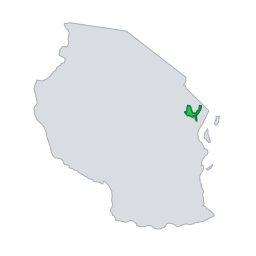 Korogwe, Tanga, United Republic of Tanzania shown in context, rotated 9°
{"feature_id": "72390352B3133588656991", "entity_name": "Korogwe", "entity_type": "district", "adm_level": 2, "iso_a3": "TZA", "parent_name": "United Republic of Tanzania", "parent_adm1": "Tanga", "projection": "albers", "projection_center": [38.446, -4.931], "detail": "fine", "context": "in_parent", "style": "filled", "palette": "green", "viewbox_px": 256, "rotation_deg": 9, "n_neighbors": 0, "source": "geoboundaries", "source_scale": "gbopen_adm2", "svg_char_len": 6734}
<svg xmlns="http://www.w3.org/2000/svg" viewBox="0 0 256 256"><g transform="rotate(9 128 128)"><path d="M93.7,182.7L90.8,181.2L88.2,180.3L86.0,179.3L85.1,178.3L83.0,177.9L81.3,177.8L79.7,176.9L76.4,176.6L76.0,176.0L75.9,174.6L75.4,174.2L74.1,173.9L72.9,173.9L72.1,174.1L71.6,174.0L70.5,173.2L69.5,172.2L69.1,170.6L67.6,169.5L65.8,168.7L61.0,168.9L60.2,168.6L59.1,167.8L57.7,166.4L56.6,164.9L55.6,162.7L54.6,159.9L48.9,148.5L48.3,146.3L47.2,143.9L45.4,141.0L43.4,138.8L40.9,136.8L37.9,134.9L36.3,133.6L33.3,128.2L32.6,125.7L32.1,123.1L32.3,122.0L34.1,118.6L34.3,117.6L34.1,116.4L33.1,113.7L31.9,110.4L29.4,104.5L29.1,103.0L29.1,101.9L30.4,95.8L30.4,94.9L36.0,95.0L40.0,92.3L43.5,88.3L44.2,86.6L45.6,84.1L47.1,82.8L47.6,81.9L48.4,79.4L50.2,77.6L52.0,76.3L51.6,75.3L51.9,75.0L52.9,74.3L54.8,73.7L55.2,72.3L55.2,70.8L54.8,70.0L54.9,69.0L54.6,68.5L53.3,68.4L51.4,67.7L49.8,67.4L48.8,66.9L48.4,66.6L48.2,65.7L49.0,63.4L48.2,62.5L50.1,58.6L50.4,58.1L51.1,58.0L52.3,57.6L53.3,57.4L54.1,57.6L54.8,57.4L55.3,57.0L55.8,55.7L56.1,53.5L55.9,51.7L55.1,50.3L54.8,48.3L55.2,45.5L54.9,43.1L53.9,41.3L53.0,40.2L51.6,39.7L49.4,36.9L48.7,35.5L48.8,34.7L49.5,34.3L50.9,34.4L52.3,34.0L53.5,33.3L54.7,33.0L55.3,33.1L111.4,32.6L177.0,68.8L177.3,69.2L177.8,72.4L177.7,73.4L176.7,75.3L176.4,76.2L176.4,76.9L176.7,77.1L177.5,77.2L178.2,77.6L178.5,78.0L179.1,79.3L179.8,80.0L204.6,97.9L205.2,98.2L204.8,99.7L203.4,103.3L203.3,104.9L202.8,106.6L202.2,107.8L200.8,113.0L199.6,114.9L198.0,119.4L197.7,122.8L198.6,125.2L198.9,127.5L200.8,129.7L202.4,130.5L203.4,131.5L205.2,133.8L206.3,136.1L209.6,137.2L210.9,139.8L210.4,141.6L208.9,143.1L207.4,145.5L206.3,148.6L206.2,153.5L207.0,152.7L208.7,153.9L209.0,157.4L207.2,161.6L206.6,163.5L206.5,165.2L207.8,170.1L209.8,172.6L209.6,173.4L209.1,174.0L212.5,178.5L212.2,182.4L213.4,185.4L214.0,188.0L214.8,190.0L215.0,191.4L213.9,192.9L216.4,193.3L217.8,194.5L218.5,195.7L220.3,195.7L221.2,196.5L222.6,197.2L225.6,199.2L226.4,200.2L226.9,201.2L218.5,207.5L215.5,209.1L213.4,209.8L211.0,210.3L208.9,211.2L206.8,212.8L204.1,213.6L200.9,213.6L197.5,214.7L192.2,218.0L189.0,216.1L186.6,215.6L183.8,215.6L182.1,215.9L181.5,216.2L180.9,217.4L180.5,219.2L178.6,220.9L175.4,222.6L172.5,223.2L169.7,222.8L167.9,222.1L166.9,221.2L165.5,220.7L163.6,220.8L161.9,221.5L160.1,222.8L157.4,223.4L153.7,223.2L151.6,222.6L151.4,221.5L149.7,220.2L146.7,218.8L144.5,218.7L143.1,220.2L141.8,221.1L140.6,221.4L139.5,221.5L138.0,221.1L133.9,221.0L129.9,221.0L129.5,219.0L128.7,217.8L128.0,217.0L126.7,216.9L126.3,216.3L125.8,215.0L125.1,214.0L124.2,213.1L123.7,212.2L123.5,211.5L123.7,210.6L124.5,208.6L124.7,207.1L124.6,205.7L124.2,204.2L123.2,202.4L123.3,201.9L123.0,200.6L123.0,199.8L123.1,198.7L122.9,197.3L122.1,194.4L122.1,193.6L121.3,192.1L118.6,188.7L118.5,188.3L114.4,184.9L112.7,184.1L112.1,184.8L111.9,185.4L112.1,186.5L112.0,187.0L111.8,187.3L110.9,187.3L110.2,187.1L108.7,186.2L107.5,186.0L104.5,186.2L103.4,186.4L102.6,186.2L101.0,184.6L99.1,184.3L97.4,184.3L94.7,182.5L93.7,182.7ZM210.0,124.7L211.4,128.5L211.2,129.2L210.2,129.6L209.7,129.7L209.1,129.0L208.7,127.8L208.0,128.1L206.7,126.5L205.5,126.5L204.4,124.6L204.8,123.0L204.6,120.3L205.9,118.9L206.7,116.6L207.5,118.2L207.7,120.7L208.9,123.6L210.0,124.7ZM216.6,102.0L216.7,102.9L216.4,103.8L216.5,106.5L216.4,108.3L215.3,110.8L214.5,111.6L213.8,111.4L213.2,111.0L212.7,110.3L213.7,105.7L213.2,102.4L215.1,102.7L216.6,102.0ZM213.8,156.8L212.8,157.1L212.4,156.9L211.8,156.1L212.9,155.5L213.9,154.2L216.2,152.4L217.2,151.0L217.1,152.4L215.8,155.5L214.6,155.7L213.8,156.8Z" fill="#d9dde1" stroke="#a8b0b8" stroke-width="1"/><path d="M183.4,96.8L183.4,97.0L183.3,97.8L183.3,98.5L183.2,98.8L183.1,99.0L183.1,99.3L183.3,99.6L183.4,100.0L183.3,100.4L183.3,100.7L183.4,101.3L183.4,101.7L183.3,102.2L183.4,102.6L183.4,103.0L183.4,103.5L183.2,103.5L182.9,103.4L182.7,103.3L182.7,103.2L182.4,103.0L182.2,103.1L181.9,103.1L181.7,103.1L181.7,103.4L181.7,103.5L181.7,103.9L181.8,104.0L182.1,104.2L182.3,104.2L182.6,104.5L182.8,104.7L182.9,104.8L183.0,104.8L183.3,104.9L183.4,105.0L183.5,105.1L183.6,105.3L183.8,105.6L184.0,105.8L184.4,106.3L184.6,106.5L185.2,106.4L185.5,106.3L186.0,106.2L186.5,106.0L186.9,106.3L187.0,106.4L187.4,106.5L187.6,106.6L188.1,106.7L188.8,106.9L189.6,107.2L189.9,107.2L190.0,107.1L190.3,107.3L190.3,106.7L190.3,106.4L190.6,106.2L190.8,105.8L191.3,106.0L191.4,105.9L191.5,105.7L191.8,105.7L191.9,105.4L192.0,105.3L192.0,105.2L192.3,105.0L192.5,104.9L192.5,104.7L193.2,104.5L193.1,104.9L193.1,105.0L192.9,105.2L192.9,105.3L192.8,105.5L192.7,105.6L192.6,105.8L192.6,106.0L192.8,106.0L192.7,106.4L192.6,106.6L192.6,106.8L192.6,107.0L192.8,107.0L192.9,107.3L192.9,107.2L193.0,107.2L193.0,107.3L193.3,107.4L193.3,107.5L193.5,107.7L193.4,107.8L193.3,108.0L193.2,108.0L193.3,108.1L193.4,108.3L193.4,108.5L193.5,108.7L193.5,108.8L193.3,108.9L193.3,109.0L193.7,109.1L193.9,109.6L194.3,110.1L194.7,110.3L194.7,110.2L194.7,109.8L194.6,109.7L194.6,109.3L194.6,109.2L194.6,108.7L194.6,108.4L194.4,108.1L194.3,107.9L194.2,107.8L194.2,107.4L193.9,106.9L193.9,106.7L193.8,106.2L193.7,105.9L193.8,105.7L193.7,105.3L193.6,105.1L193.7,104.8L193.8,104.7L193.9,104.4L194.0,104.3L194.1,104.1L194.2,103.9L194.3,103.9L194.5,103.4L194.8,103.1L195.0,102.7L195.3,102.2L195.5,101.9L195.7,101.5L195.8,101.4L195.8,101.1L195.8,100.9L195.9,100.6L195.9,100.4L196.1,100.0L196.1,99.9L196.3,99.6L196.4,99.4L196.4,99.1L196.5,99.0L196.4,98.8L196.6,98.7L196.8,98.6L196.8,98.4L196.7,98.4L196.6,98.2L196.4,97.8L196.4,97.7L196.6,97.5L196.8,97.6L196.9,97.4L196.9,97.2L196.8,96.9L196.8,96.7L197.0,96.4L196.9,96.1L197.0,95.9L197.0,95.7L196.9,95.4L197.0,95.1L197.1,94.9L197.0,94.7L196.9,94.6L196.7,94.7L196.5,94.8L196.4,94.8L196.3,95.0L196.1,95.0L195.8,94.8L195.7,94.9L195.4,94.8L195.4,95.0L195.2,95.1L195.3,95.2L195.3,95.3L195.2,95.3L195.2,95.8L195.1,96.3L195.1,96.6L195.1,96.8L195.2,97.4L195.2,97.5L195.3,97.6L195.3,98.1L195.3,98.3L195.7,98.9L195.7,99.0L195.6,98.9L195.2,98.8L194.8,99.0L194.7,99.1L194.5,99.3L194.4,99.6L194.3,99.9L194.2,99.9L194.2,100.0L194.0,100.3L193.9,100.4L193.6,100.5L193.5,100.9L193.5,101.1L193.4,101.6L193.2,101.9L193.1,102.1L193.0,102.4L192.9,102.6L192.8,103.0L192.7,103.2L192.6,103.3L192.4,103.4L192.2,103.3L192.0,103.2L191.9,103.2L191.7,103.1L191.6,102.9L191.3,102.9L191.1,102.9L190.7,102.9L190.5,103.0L190.5,102.9L190.3,102.9L190.0,102.9L189.8,102.9L189.6,102.9L189.3,103.0L189.2,103.0L189.1,102.9L188.9,102.4L188.7,101.6L188.6,101.4L188.4,101.3L188.4,101.2L188.3,100.9L188.2,100.9L188.1,100.6L187.9,100.6L187.7,99.7L187.5,99.3L187.1,98.8L186.8,98.0L186.4,97.2L186.0,96.7L185.5,96.3L185.4,96.3L185.3,96.5L184.9,96.8L184.7,96.8L184.3,96.8L184.2,96.6L184.1,96.4L183.9,96.5L183.7,96.5L183.6,96.4L183.4,96.5L183.4,96.8Z" fill="#22c55e" stroke="#15803d" stroke-width="1.5"/></g></svg>